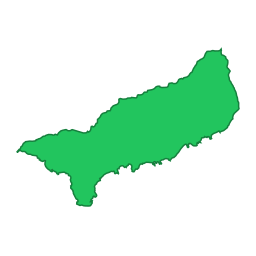 Nossa Senhora Do Livramento, Ribeira Grande, Cabo Verde, rotated 179°
{"feature_id": "66160863B28688334871687", "entity_name": "Nossa Senhora Do Livramento", "entity_type": "district", "adm_level": 2, "iso_a3": "CPV", "parent_name": "Cabo Verde", "parent_adm1": "Ribeira Grande", "projection": "mercator", "projection_center": [-25.107, 17.182], "detail": "fine", "context": "isolated", "style": "filled", "palette": "green", "viewbox_px": 256, "rotation_deg": 179, "n_neighbors": 0, "source": "geoboundaries", "source_scale": "gbopen_adm2", "svg_char_len": 5750}
<svg xmlns="http://www.w3.org/2000/svg" viewBox="0 0 256 256"><g transform="rotate(179 128 128)"><path d="M239.3,106.2L239.0,105.7L238.8,105.7L237.7,106.9L236.5,107.4L235.9,107.3L234.1,106.3L232.5,106.4L231.4,106.1L230.9,105.9L229.9,104.6L228.3,103.6L225.8,103.4L224.2,102.5L219.7,101.8L219.0,100.1L219.1,99.7L218.9,99.5L218.0,99.4L217.5,99.1L217.2,97.7L216.8,97.5L216.4,97.8L216.0,96.9L215.6,96.7L215.0,96.6L214.5,96.2L214.0,96.1L213.4,96.2L212.2,96.9L211.3,96.8L211.1,96.6L211.5,95.2L211.7,93.2L211.0,91.0L209.8,89.4L208.3,87.9L206.9,87.3L206.6,86.6L205.5,85.8L204.8,85.6L204.5,85.9L204.8,88.2L203.9,86.9L201.9,85.7L201.1,85.6L200.3,84.5L199.9,83.7L199.7,83.5L198.9,83.8L198.7,82.8L198.3,82.9L198.3,83.9L197.3,84.6L196.7,84.4L196.4,84.6L192.6,85.0L191.0,84.1L190.7,83.5L190.1,83.7L188.4,82.9L188.2,82.1L188.3,81.6L188.0,81.4L187.3,81.5L186.9,81.2L186.1,80.1L186.0,79.6L186.0,78.7L186.5,77.4L186.0,75.0L185.3,74.3L185.2,72.1L186.3,71.0L186.2,70.8L185.9,70.6L186.3,69.5L186.1,68.5L185.5,68.3L184.8,67.1L184.1,66.4L184.2,65.8L183.8,65.1L183.8,64.1L183.7,63.4L181.1,58.1L180.8,57.8L179.8,57.5L179.3,56.4L179.3,55.2L180.4,54.8L180.6,52.9L177.4,51.4L175.5,51.8L173.9,51.1L172.6,50.9L169.3,50.7L167.4,50.8L166.7,51.2L165.1,53.7L165.3,54.6L165.0,55.7L165.6,55.5L166.3,54.8L166.9,54.9L166.0,56.3L166.2,57.2L164.7,58.2L164.2,59.7L163.7,60.4L163.1,60.4L163.0,59.8L161.8,59.5L160.8,60.2L160.5,61.1L160.7,61.9L162.3,64.4L162.5,65.2L162.1,66.2L162.3,66.9L162.1,68.4L162.6,69.8L162.1,71.2L161.5,72.1L160.5,72.6L160.2,73.7L159.7,74.4L158.6,75.3L157.9,75.5L157.6,75.9L156.6,76.0L156.6,76.5L157.2,77.9L157.0,78.1L156.3,78.0L156.1,78.3L156.2,78.6L155.4,78.9L154.8,79.8L153.8,80.5L153.1,81.5L150.4,83.1L147.7,83.9L145.5,85.0L144.2,84.7L143.1,85.1L142.8,85.1L142.5,84.7L142.3,83.4L141.9,82.7L141.5,82.6L139.9,83.3L138.4,82.5L138.3,82.9L139.2,85.6L139.4,86.9L138.6,87.5L137.6,87.5L137.7,88.0L137.0,89.4L135.9,90.1L134.5,90.4L133.4,90.1L132.2,88.7L131.1,89.2L130.5,88.6L129.5,90.3L128.5,90.6L128.1,91.8L127.7,92.0L125.9,91.5L125.0,90.4L124.8,89.5L124.9,88.5L125.3,87.1L124.6,85.8L124.7,84.6L124.2,84.3L123.6,84.4L123.0,84.1L122.7,84.2L121.2,86.6L120.8,86.8L119.6,86.6L119.1,86.9L119.1,87.2L118.0,87.9L117.5,89.8L116.6,91.4L115.9,91.8L115.3,91.8L114.4,91.5L114.0,91.8L113.9,92.4L112.7,92.3L110.5,93.4L108.2,93.3L104.2,92.8L103.9,92.6L103.9,91.5L103.7,91.2L103.1,90.9L102.9,91.5L102.5,91.5L102.5,91.0L101.8,90.0L101.7,90.3L102.0,91.0L102.0,92.0L102.8,92.1L103.1,92.7L102.8,93.6L102.2,93.9L101.3,93.7L100.6,92.5L100.0,92.3L99.5,93.6L98.9,93.8L98.0,93.2L97.1,91.3L96.8,91.3L96.7,92.0L95.7,91.8L95.3,91.5L95.1,91.7L95.2,92.2L96.4,93.7L96.4,94.5L94.7,95.5L93.4,95.6L92.1,96.4L90.6,96.8L87.9,96.2L87.9,95.3L86.6,94.7L86.7,95.1L85.9,95.5L85.3,96.4L84.2,97.4L83.8,97.6L82.8,97.6L80.7,99.4L79.1,101.7L78.1,102.5L75.5,106.4L72.9,109.3L71.7,110.3L70.7,110.7L70.2,110.7L69.9,110.5L69.5,109.5L68.8,109.5L69.1,108.2L68.6,107.5L68.0,107.5L67.7,107.8L67.6,108.3L68.3,110.1L68.1,110.4L67.5,110.5L67.4,111.3L67.1,111.5L66.1,111.5L65.5,111.2L63.2,109.3L62.4,109.0L59.9,109.0L59.2,109.5L59.5,110.8L59.1,111.8L58.7,111.4L58.1,111.4L58.1,111.8L58.5,111.9L58.6,112.1L57.0,113.0L56.7,112.3L55.8,112.2L56.4,112.9L56.3,113.3L55.1,114.8L54.5,116.8L52.3,117.1L51.8,117.4L51.5,118.1L50.1,117.4L49.8,117.6L49.2,117.2L48.8,117.6L48.5,117.6L48.5,117.9L48.1,117.8L47.5,118.0L46.8,117.4L46.1,115.5L45.4,115.5L44.6,116.0L45.1,117.2L45.1,117.6L44.7,118.7L44.9,119.1L44.8,119.4L42.4,121.1L39.8,122.0L37.1,123.4L36.1,122.0L36.0,122.5L34.0,123.2L33.5,123.5L32.5,123.7L28.6,126.7L28.2,128.3L27.3,128.9L26.3,131.2L25.0,133.3L23.9,134.7L23.0,135.3L23.2,136.7L22.5,139.3L21.9,140.0L21.8,140.5L17.2,144.6L16.7,145.4L16.7,145.8L16.9,146.4L17.0,147.8L16.9,151.1L17.1,152.0L17.7,152.6L18.1,156.3L19.0,159.0L19.0,159.8L19.6,162.2L20.8,164.6L21.2,166.2L21.9,167.1L22.2,168.2L23.9,170.9L24.5,172.5L25.4,173.5L25.8,174.5L26.0,176.4L26.5,177.8L26.7,179.5L25.8,181.7L25.0,182.8L25.0,183.3L26.8,185.7L27.5,186.2L28.0,187.8L27.3,189.9L27.1,191.1L27.0,192.2L27.1,193.8L29.1,196.0L29.0,197.2L29.4,197.6L31.2,198.9L33.0,199.5L33.3,200.1L33.7,202.6L33.3,203.8L33.5,205.3L34.3,204.3L35.1,203.8L36.0,203.5L39.9,203.5L40.9,203.8L42.3,203.9L44.4,203.2L45.9,203.3L47.6,203.2L49.2,201.1L50.6,197.6L51.4,196.7L53.0,195.7L54.4,195.2L56.1,193.9L57.5,193.3L58.6,190.0L59.4,189.5L60.1,188.2L61.4,186.4L63.1,182.6L64.1,182.2L65.0,181.3L66.4,179.1L68.3,177.9L71.2,177.3L71.8,176.8L71.9,176.4L72.7,176.1L73.4,176.6L75.7,176.0L76.6,175.2L77.2,173.7L78.8,171.9L80.1,171.6L81.7,171.6L83.2,172.3L86.1,171.9L86.8,170.4L87.1,169.1L87.6,168.5L88.6,168.0L93.4,167.9L95.4,168.4L95.6,169.2L97.1,169.3L98.1,169.1L99.2,168.7L100.9,167.0L102.1,166.3L103.8,165.8L107.7,165.2L108.1,163.8L109.2,163.4L110.5,163.6L111.3,163.3L112.3,162.0L113.4,161.2L115.4,160.8L117.2,161.0L117.9,160.6L118.6,158.6L119.2,158.0L120.1,158.0L124.0,158.5L124.5,158.0L127.8,157.9L129.2,157.1L132.5,156.9L135.3,157.6L136.6,156.9L136.6,154.0L137.6,152.4L139.0,151.6L140.1,151.3L142.4,150.4L144.6,148.2L145.0,146.5L145.5,145.6L148.5,145.4L149.3,144.0L152.7,143.2L153.9,142.4L155.0,141.1L155.3,140.0L157.2,137.9L158.3,137.2L158.5,133.6L159.8,133.1L161.2,130.5L162.4,129.7L163.2,129.8L163.5,130.3L164.6,130.2L164.9,129.5L165.2,127.4L165.7,126.0L167.4,124.6L168.5,125.4L169.3,124.2L170.0,123.9L172.7,123.8L183.7,127.3L184.5,127.1L185.2,126.6L186.1,126.3L187.3,126.3L187.9,126.3L190.0,127.5L193.2,126.9L195.3,126.2L197.4,124.4L198.8,122.3L200.9,123.0L202.0,122.3L203.1,122.2L204.3,122.7L207.5,122.9L210.2,122.1L211.3,121.3L212.9,121.2L215.9,119.1L218.0,118.6L218.7,118.0L220.0,117.9L220.3,117.1L221.1,116.7L224.0,116.4L226.5,116.6L230.7,116.1L231.7,115.1L232.8,114.5L234.2,111.8L235.4,111.0L236.0,109.0L237.1,108.6L239.3,106.2Z" fill="#22c55e" stroke="#15803d" stroke-width="1.5"/></g></svg>